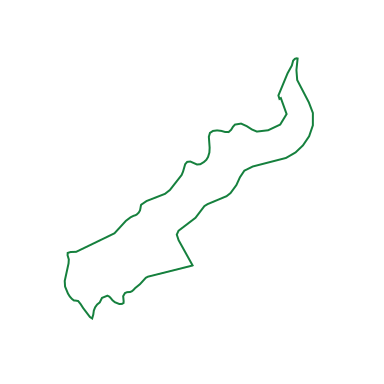 outline of Lower River, rotated 330°
{"feature_id": "GMB-2154", "entity_name": "Lower River", "entity_type": "Division", "adm_level": 1, "iso_a3": "GMB", "parent_name": "Gambia", "parent_adm1": "", "projection": "equal_earth", "projection_center": [-15.76, 13.406], "detail": "fine", "context": "isolated", "style": "outline", "palette": "green", "viewbox_px": 384, "rotation_deg": 330, "n_neighbors": 0, "source": "natural_earth", "source_scale": "10m", "svg_char_len": 1566}
<svg xmlns="http://www.w3.org/2000/svg" viewBox="0 0 384 384"><g transform="rotate(330 192 192)"><path d="M350.2,129.2L343.4,138.6L339.1,147.6L338.0,172.8L336.2,184.0L330.0,194.7L321.3,202.3L311.4,207.1L301.5,209.5L290.4,209.5L257.4,200.3L248.0,199.7L240.9,203.2L233.9,208.2L224.8,212.2L219.9,212.9L199.5,210.3L195.7,210.4L182.1,216.1L161.0,218.8L157.5,221.3L156.3,227.1L155.8,255.9L155.6,255.9L111.5,243.3L109.1,243.2L100.9,245.8L94.7,246.8L92.5,247.5L90.4,247.9L88.5,247.7L85.7,246.3L83.4,246.0L80.3,247.8L78.2,252.4L77.2,253.9L75.4,253.9L73.1,252.7L70.1,248.9L69.0,246.0L68.6,243.4L68.1,241.3L66.9,239.5L61.1,238.7L56.9,241.5L53.6,242.0L50.5,243.4L47.7,245.6L45.2,248.8L42.3,251.6L41.1,249.2L39.7,238.1L39.5,233.5L38.9,229.5L37.0,227.9L35.5,226.9L34.5,224.4L33.9,221.3L33.8,217.9L34.8,210.4L37.3,205.4L49.4,192.1L51.6,188.8L52.6,184.6L53.9,182.6L56.9,183.3L61.8,185.9L104.2,189.0L120.4,183.9L126.2,183.2L129.5,183.4L131.2,183.8L132.7,183.9L135.6,183.2L137.8,181.9L139.4,180.1L140.7,178.5L141.6,177.6L148.2,177.1L167.7,180.1L173.9,179.2L191.5,172.1L194.4,169.9L200.0,164.5L202.9,163.5L205.8,164.8L210.1,170.7L213.1,172.1L217.3,172.0L220.5,171.3L223.4,169.7L226.8,166.5L229.4,162.5L234.2,152.6L237.1,149.8L240.7,149.6L244.5,151.2L247.9,153.7L250.6,156.5L253.7,158.4L257.0,157.7L260.1,156.0L262.9,155.1L268.7,157.3L272.3,162.3L275.2,167.9L278.4,172.1L288.8,176.6L302.1,177.7L312.9,171.8L315.9,155.1L314.3,155.1L315.1,151.6L334.1,137.0L341.7,132.4L345.3,128.8L347.7,128.1L349.4,128.5L350.1,129.1L350.2,129.2Z" fill="none" stroke="#15803d" stroke-width="2"/></g></svg>